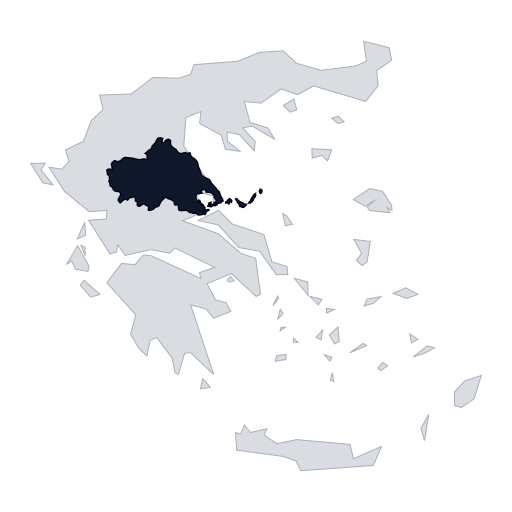 where Thessalia sits in Greece
{"feature_id": "GRC-2900", "entity_name": "Thessalia", "entity_type": "Region", "adm_level": 1, "iso_a3": "GRC", "parent_name": "Greece", "parent_adm1": "", "projection": "robinson", "projection_center": [22.751, 39.565], "detail": "fine", "context": "in_parent", "style": "filled", "palette": "ink", "viewbox_px": 512, "rotation_deg": 0, "n_neighbors": 0, "source": "natural_earth", "source_scale": "10m", "svg_char_len": 8395}
<svg xmlns="http://www.w3.org/2000/svg" viewBox="0 0 512 512"><path d="M363.6,41.3L389.2,47.7L391.6,60.3L376.7,70.6L378.1,85.8L365.7,101.4L313.6,86.0L297.6,94.6L281.2,89.0L260.9,103.1L244.4,101.6L249.9,122.3L267.8,128.0L274.7,139.4L252.3,126.1L242.7,127.9L255.2,141.5L254.2,150.9L239.4,134.6L227.1,132.1L227.5,141.4L240.0,151.3L225.5,149.4L221.2,135.1L199.6,123.5L200.9,111.5L185.8,117.5L183.8,146.4L222.1,201.2L213.1,205.8L213.5,195.9L200.9,192.8L196.7,195.8L199.1,201.5L203.3,210.3L208.5,209.9L182.6,220.7L218.3,233.8L240.9,253.4L255.7,258.4L260.5,294.3L256.1,296.4L231.4,273.6L207.0,283.6L215.5,300.0L225.9,302.6L230.9,311.4L213.6,318.2L205.9,308.8L190.7,305.0L213.7,374.5L190.3,352.5L184.6,353.4L178.3,374.6L175.0,372.7L172.3,358.4L156.8,337.6L150.2,340.1L146.8,356.1L138.7,348.1L130.6,334.3L135.7,314.8L106.8,282.7L121.5,263.4L134.9,264.7L143.6,255.0L150.3,255.4L200.9,278.5L199.5,272.6L214.7,267.4L174.9,248.0L169.5,253.2L151.0,249.6L125.2,255.4L117.8,244.9L116.4,252.1L110.0,253.9L88.6,220.3L106.5,218.9L106.9,210.4L89.3,211.7L64.5,191.5L49.1,167.2L61.9,169.2L69.0,161.3L65.4,150.0L83.4,141.3L91.3,120.6L103.1,109.5L99.7,95.1L131.4,93.9L153.0,77.4L178.8,78.2L190.7,74.4L193.8,64.7L237.6,61.3L259.3,52.4L283.0,50.8L296.3,63.2L321.0,70.3L355.6,66.0L366.4,61.3L363.6,41.3ZM250.4,432.5L267.0,428.7L264.0,435.0L277.1,443.7L296.5,439.6L350.0,444.4L353.4,458.7L381.4,446.5L373.4,465.4L300.9,470.7L296.0,460.9L283.0,456.4L236.7,450.2L235.5,432.6L240.9,433.9L244.3,424.9L250.4,432.5ZM218.5,210.3L232.5,224.1L264.0,234.6L271.9,261.9L287.0,266.5L287.8,274.6L276.3,274.7L259.5,251.1L239.1,247.7L218.2,224.9L198.3,220.5L218.5,210.3ZM382.6,191.3L391.6,205.3L392.0,210.3L387.0,207.5L390.1,212.7L369.9,210.6L367.1,207.1L375.6,199.7L365.2,206.2L353.3,199.6L369.9,188.5L382.6,191.3ZM461.4,407.5L454.6,405.7L454.4,392.1L464.6,381.0L481.3,375.4L474.1,398.8L461.4,407.5ZM367.1,262.0L362.1,265.6L356.5,260.4L361.6,253.4L353.8,239.4L370.3,241.5L367.1,262.0ZM77.7,245.7L89.3,266.8L87.9,271.4L75.4,269.1L71.8,261.0L66.5,264.4L77.7,245.7ZM52.9,184.8L42.9,182.9L30.7,163.5L45.3,163.1L41.1,169.8L52.9,184.8ZM331.6,149.8L327.5,160.9L321.9,155.4L312.2,158.1L311.9,148.7L331.6,149.8ZM405.7,287.8L417.9,294.3L406.9,298.4L393.0,293.4L405.7,287.8ZM296.8,109.9L290.1,112.2L283.4,105.4L293.8,99.1L296.8,109.9ZM84.1,280.3L99.9,294.4L90.7,297.2L80.3,285.1L84.1,280.3ZM339.2,341.5L334.5,343.9L329.4,334.9L338.0,326.9L339.2,341.5ZM307.7,281.9L308.1,295.4L294.2,278.3L307.7,281.9ZM428.7,414.4L424.6,440.6L420.9,428.6L428.7,414.4ZM85.7,235.3L77.3,238.8L84.7,222.2L85.7,235.3ZM210.4,387.3L200.5,388.9L202.6,378.6L210.4,387.3ZM413.3,356.8L427.1,345.9L434.4,347.8L423.9,353.6L413.3,356.8ZM364.2,305.8L367.1,299.1L381.0,296.6L373.4,303.3L364.2,305.8ZM322.7,330.0L320.9,340.0L316.0,337.2L322.7,330.0ZM321.9,299.3L318.4,304.8L309.9,296.4L321.9,299.3ZM292.5,224.4L285.5,225.7L282.6,213.5L286.7,216.0L292.5,224.4ZM344.1,121.8L338.2,123.5L331.7,118.3L337.9,116.2L344.1,121.8ZM286.1,354.4L285.9,359.5L275.1,361.3L276.7,355.7L286.1,354.4ZM366.5,345.6L349.7,352.8L363.2,343.4L366.5,345.6ZM278.7,298.2L272.8,305.8L277.5,296.0L278.7,298.2ZM334.5,309.5L326.4,313.2L326.6,308.3L334.5,309.5ZM387.7,365.8L380.9,370.5L377.7,368.2L382.9,362.4L387.7,365.8ZM417.8,339.3L411.5,342.9L409.8,333.9L417.8,339.3ZM283.0,313.5L277.6,319.5L280.3,309.2L283.0,313.5ZM84.9,247.2L85.3,255.6L80.9,245.3L84.9,247.2ZM332.0,357.4L329.8,361.1L324.3,354.8L332.0,357.4ZM245.7,205.0L239.8,206.2L236.0,199.0L245.7,205.0ZM234.0,280.6L229.6,282.1L227.1,280.2L230.5,276.4L234.0,280.6ZM285.6,327.2L280.1,331.0L281.0,327.5L285.6,327.2ZM332.3,372.9L333.8,381.4L330.3,380.2L332.3,372.9ZM298.0,342.6L293.4,342.0L293.7,338.0L298.0,342.6Z" fill="#d9dde1" stroke="#a8b0b8" stroke-width="1"/><path d="M189.9,152.8L190.0,152.9L190.6,155.2L191.0,156.0L191.5,156.7L193.5,158.3L194.7,158.9L195.4,159.6L196.7,161.2L197.2,162.0L197.7,163.1L198.0,164.4L198.1,165.8L198.4,166.8L199.9,170.4L201.1,174.2L201.9,175.4L202.6,176.0L205.3,177.7L207.9,178.8L209.9,180.2L210.1,180.4L210.3,180.7L211.0,182.6L211.6,183.4L216.0,188.2L216.7,189.5L219.2,191.8L220.3,195.2L222.9,200.0L223.0,200.9L222.4,201.2L220.8,202.7L219.7,203.0L217.8,203.3L216.8,203.6L216.0,203.9L216.3,204.1L216.5,204.2L216.7,204.3L217.1,204.4L217.1,204.8L216.6,204.9L216.2,205.1L215.9,205.4L215.7,205.6L215.0,205.4L213.9,205.5L212.7,205.8L211.9,206.3L211.1,206.7L209.9,206.6L207.8,206.1L208.3,205.2L208.9,204.4L208.6,203.5L209.3,202.9L211.0,202.2L211.0,203.0L210.3,205.6L214.0,203.7L214.6,203.0L214.2,202.4L214.5,202.2L215.0,202.2L215.3,202.4L215.4,202.7L215.8,202.3L216.2,201.6L216.4,200.9L216.1,200.2L214.8,198.0L214.2,197.4L214.4,196.3L213.9,195.2L212.9,194.2L212.1,193.4L211.1,192.7L210.2,192.4L206.1,192.1L206.1,191.9L206.1,191.6L206.0,191.3L205.8,190.9L205.2,189.9L204.9,189.6L204.6,189.5L203.2,189.6L202.0,189.3L201.7,189.4L202.1,190.0L202.1,190.4L201.5,190.9L201.3,191.7L201.5,192.4L202.1,193.0L200.8,193.3L198.8,193.5L196.8,193.9L196.0,195.0L195.9,197.4L196.0,198.2L197.4,202.2L197.8,202.2L198.2,201.5L198.8,200.9L198.6,200.2L198.9,200.1L199.3,200.6L199.6,201.3L199.9,200.9L200.4,201.9L200.6,203.1L200.9,204.3L201.7,205.2L201.7,204.9L201.8,204.8L202.1,204.8L201.9,204.3L201.7,203.9L203.0,204.7L203.7,205.8L204.1,206.9L205.0,207.8L204.6,208.6L204.7,208.8L205.0,209.2L203.3,210.1L202.9,210.7L203.2,211.7L205.9,210.2L207.3,209.7L208.9,209.6L208.9,210.0L208.4,210.5L206.7,211.3L206.3,211.7L206.1,212.2L205.7,213.5L205.4,213.9L205.1,214.4L204.9,214.6L204.7,214.5L204.4,214.4L203.3,213.9L201.3,214.8L198.3,215.0L196.7,213.5L195.8,213.2L193.9,213.4L191.1,212.6L190.2,212.7L186.9,210.5L185.8,210.2L181.8,210.6L179.8,210.5L179.0,210.0L178.6,209.0L178.4,206.2L178.7,204.7L175.3,205.0L174.5,204.4L174.1,201.5L173.2,200.9L171.4,199.7L167.8,198.5L165.2,197.0L160.6,202.0L159.0,205.6L157.9,206.5L156.0,206.9L155.0,207.4L153.6,209.0L151.3,210.0L149.4,210.4L148.5,210.3L148.3,209.4L148.6,208.6L148.4,206.8L147.7,205.8L145.9,205.2L144.1,203.9L143.2,203.9L140.2,205.9L139.2,206.3L138.3,206.1L137.5,205.5L137.1,204.6L137.6,202.9L137.2,202.0L135.5,201.0L135.3,198.4L134.9,197.4L134.1,196.8L129.6,197.9L128.6,198.6L128.2,199.4L127.3,200.1L125.7,198.9L124.8,199.1L122.9,200.4L120.4,202.8L119.7,202.5L118.4,200.6L118.2,199.5L120.9,194.5L120.1,192.7L118.9,191.3L117.9,191.5L115.2,191.1L113.4,189.8L112.7,187.6L110.2,185.7L109.9,184.6L110.0,183.5L109.7,182.4L108.9,181.5L109.1,180.6L109.8,179.9L109.3,178.1L109.6,176.4L109.0,175.4L108.2,175.1L107.4,174.1L107.3,172.4L106.8,170.4L107.5,169.6L108.5,169.1L110.5,169.2L111.3,169.8L112.3,169.8L112.2,168.0L111.4,164.3L111.7,163.4L112.3,162.5L113.3,161.9L113.8,161.1L114.8,160.7L116.2,161.1L116.9,161.7L117.8,161.7L120.0,161.0L121.0,160.4L122.2,158.9L123.3,158.1L125.3,157.4L133.0,158.3L138.2,159.6L140.0,159.7L143.9,158.9L146.6,159.3L147.3,158.7L147.4,157.9L147.0,156.1L147.2,155.2L146.8,154.3L145.1,153.4L146.2,152.7L148.6,150.4L150.7,149.3L151.8,147.6L152.3,145.9L154.8,143.5L156.3,141.2L156.8,139.5L158.0,138.2L158.4,139.1L158.9,138.3L160.0,137.8L162.7,138.4L162.5,139.2L162.0,140.0L162.2,140.9L162.0,141.9L162.4,142.8L163.3,143.1L164.4,142.2L165.5,140.7L166.3,140.0L168.5,139.2L170.2,140.2L170.6,141.1L170.5,143.9L171.1,145.7L172.6,147.3L176.1,149.6L177.3,151.5L178.9,153.0L180.8,153.7L185.0,152.6L185.9,152.7L186.7,153.4L189.4,153.0L189.9,152.8ZM240.0,204.8L239.4,204.5L237.8,202.9L237.4,202.4L237.2,201.5L235.6,199.1L236.4,198.7L236.4,199.0L236.6,199.1L236.8,199.1L237.1,199.1L238.3,200.4L239.7,201.5L241.4,202.4L243.1,203.0L242.9,203.9L243.9,204.1L245.3,204.1L246.4,204.4L246.4,204.8L244.7,206.5L243.7,207.2L242.4,207.4L241.9,207.2L241.2,206.6L239.8,206.4L239.4,206.1L239.4,205.7L240.0,205.2L240.0,204.8ZM253.8,198.2L253.1,200.2L251.7,202.0L250.1,203.1L248.5,203.0L249.2,202.1L249.9,201.5L250.5,200.8L251.4,198.5L254.0,194.5L254.9,193.9L254.8,194.1L254.8,194.3L254.7,194.6L254.5,194.8L255.7,195.0L255.4,196.3L254.5,197.7L253.8,198.2ZM227.8,203.0L227.2,202.8L226.7,202.8L226.1,202.8L225.7,203.0L225.8,201.9L226.5,201.5L227.1,201.3L227.4,201.1L227.7,200.4L228.2,199.7L228.9,199.0L229.6,198.7L230.4,199.2L231.3,199.9L231.8,200.9L231.4,202.2L230.5,201.6L229.8,202.3L229.1,203.9L228.7,203.8L228.2,203.3L227.8,203.0ZM261.3,189.9L261.8,190.1L262.0,190.3L262.0,191.3L261.4,192.9L260.4,193.4L259.9,192.9L260.0,192.4L260.0,192.0L259.5,191.7L259.3,191.3L259.5,190.6L259.8,189.9L260.2,189.3L260.6,189.2L260.7,189.8L260.8,190.3L261.0,190.1L261.3,189.9Z" fill="#0f172a" stroke="#020617" stroke-width="1.5"/></svg>